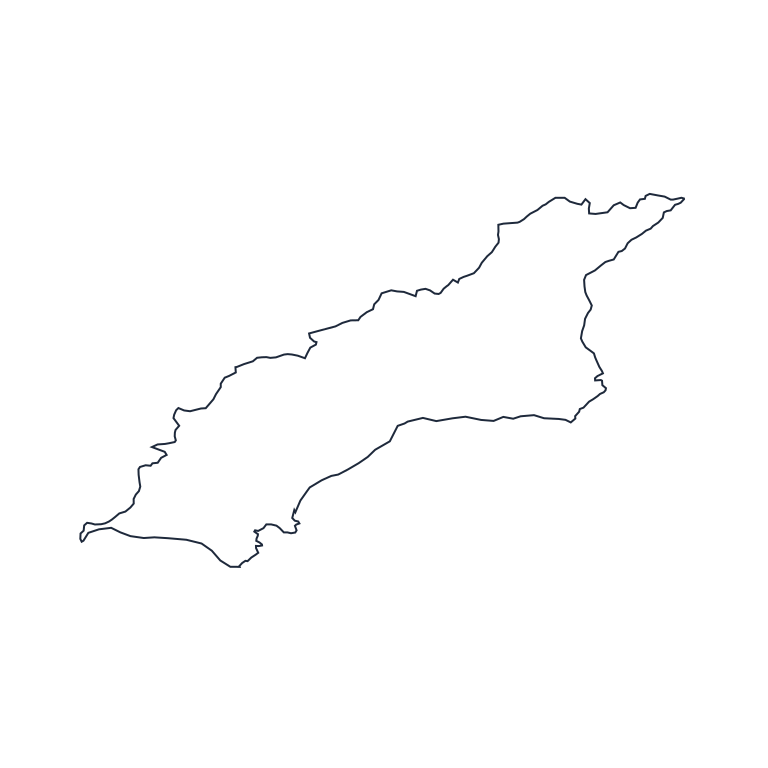 the district of Kalavasos, Larnaca, Cyprus, rotated 263°
{"feature_id": "46923920B45773210999815", "entity_name": "Kalavasos", "entity_type": "district", "adm_level": 2, "iso_a3": "CYP", "parent_name": "Cyprus", "parent_adm1": "Larnaca", "projection": "equal_earth", "projection_center": [33.286, 34.783], "detail": "fine", "context": "isolated", "style": "outline", "palette": "slate", "viewbox_px": 768, "rotation_deg": 263, "n_neighbors": 0, "source": "geoboundaries", "source_scale": "gbopen_adm2", "svg_char_len": 3918}
<svg xmlns="http://www.w3.org/2000/svg" viewBox="0 0 768 768"><g transform="rotate(263 384 384)"><path d="M267.5,280.4L278.5,286.8L287.2,294.7L290.4,297.7L296.0,310.3L296.8,312.8L299.2,320.5L299.7,327.5L303.5,337.6L308.5,349.2L313.6,359.0L319.8,367.2L326.4,382.8L340.8,392.5L342.3,399.6L343.8,402.9L345.6,418.5L340.8,431.4L341.6,447.8L341.6,460.9L336.5,476.0L334.0,488.3L336.8,498.4L333.8,508.0L335.3,515.7L334.8,529.1L330.5,538.7L328.0,553.2L326.3,559.8L323.1,564.7L326.4,569.7L328.8,569.8L332.7,574.3L335.3,575.3L336.2,579.1L341.5,585.4L343.3,589.5L344.6,592.0L346.0,594.6L347.8,597.2L349.0,601.1L350.7,603.1L352.8,603.8L354.2,602.5L356.2,600.6L360.7,600.8L361.5,599.7L361.7,596.0L361.8,594.0L364.0,594.1L365.9,596.9L367.9,602.6L370.3,601.9L374.8,599.8L382.3,597.5L384.8,596.8L388.8,596.1L392.9,591.8L395.8,588.7L401.9,586.0L405.3,585.0L412.3,587.1L417.8,589.8L424.2,591.5L429.6,595.1L432.7,598.2L436.6,599.8L442.0,597.9L447.2,595.9L450.7,595.0L456.4,594.9L463.0,595.3L467.5,597.8L471.0,607.2L475.3,613.9L478.1,618.6L478.9,622.5L479.6,627.2L486.6,632.8L487.0,636.2L489.1,639.7L494.0,643.0L497.0,647.2L498.7,652.2L501.5,658.2L504.3,662.7L505.7,667.6L508.0,670.2L510.8,675.9L514.9,680.9L520.2,682.7L521.2,685.7L521.4,689.7L526.4,694.7L526.9,697.9L527.8,700.6L530.9,704.3L531.6,704.3L532.6,701.9L532.2,698.0L531.8,693.3L532.1,691.0L535.8,685.4L537.7,679.1L540.3,670.9L538.8,666.6L536.0,665.5L536.0,660.6L533.1,657.9L528.2,655.2L528.5,649.6L532.4,643.7L535.4,640.6L533.4,633.8L527.2,626.8L527.0,614.7L528.3,608.4L533.2,608.7L538.5,610.3L542.9,606.5L538.0,601.8L539.3,597.8L542.4,590.7L546.8,586.0L547.9,576.8L544.7,569.8L542.6,566.4L541.6,563.1L538.0,557.5L535.2,549.9L532.8,546.1L530.6,543.1L528.4,538.4L527.9,536.2L528.3,528.3L528.6,522.1L528.1,516.9L521.3,516.2L518.1,515.3L513.8,515.7L510.3,514.9L506.7,511.2L504.1,509.1L501.7,507.1L498.3,502.1L495.4,499.0L492.4,495.8L487.9,492.6L486.7,491.2L483.0,486.7L481.3,479.6L480.6,476.1L479.1,471.5L475.7,469.7L479.1,465.2L474.3,459.8L473.4,458.1L471.3,454.8L467.5,451.3L466.7,449.2L467.6,445.3L471.3,441.1L473.4,436.8L473.2,432.1L472.5,428.1L467.3,426.1L473.0,414.9L474.3,408.3L476.1,402.6L474.3,392.7L468.1,388.8L464.3,384.0L459.6,382.2L457.4,375.7L453.5,368.9L450.4,366.2L451.2,358.7L449.7,350.1L447.1,342.9L444.7,325.5L443.3,315.8L438.9,316.2L434.7,319.8L433.8,322.1L431.4,321.2L429.1,315.3L424.0,311.7L419.2,308.7L422.6,301.9L424.5,296.2L425.4,292.0L425.4,288.3L423.6,280.0L423.8,274.3L425.0,270.6L425.4,266.1L425.5,261.2L422.5,256.6L420.8,247.4L418.9,240.2L418.8,238.6L413.5,238.3L410.9,231.2L410.1,228.3L409.7,226.7L404.2,222.0L400.8,221.6L394.4,216.0L389.6,212.8L381.7,204.1L382.0,199.4L380.6,188.2L382.1,182.4L385.2,177.0L383.3,174.5L379.1,172.0L375.8,170.9L367.5,175.6L363.8,171.5L361.2,170.5L357.6,169.9L353.4,170.5L351.9,169.2L351.4,163.3L351.2,159.3L351.6,151.9L349.7,146.0L347.3,150.6L343.4,158.1L340.1,159.6L337.9,153.8L333.4,149.8L333.5,144.5L331.3,142.4L332.4,137.5L331.4,131.7L329.3,129.9L323.8,129.4L316.3,129.4L311.9,129.6L307.6,127.7L304.5,124.2L300.4,121.5L295.8,121.0L292.3,117.2L288.9,111.8L287.8,105.5L284.7,100.8L282.6,97.4L281.0,94.2L279.7,90.2L279.3,86.2L279.8,79.9L281.2,76.7L282.4,72.4L280.2,69.2L275.0,68.0L272.6,64.6L267.3,63.7L264.3,64.7L265.1,66.6L272.3,72.4L274.5,83.4L274.5,95.7L268.9,104.2L263.9,113.8L260.4,126.8L259.8,137.4L257.3,150.7L253.5,168.8L247.9,183.5L239.5,192.8L228.8,200.0L221.3,209.2L220.1,218.5L221.0,218.3L223.6,221.4L225.4,224.9L224.8,227.0L227.9,231.1L230.2,235.8L231.8,238.6L236.7,237.0L238.9,237.2L238.4,240.1L238.6,243.3L239.6,243.3L241.8,241.2L243.9,238.1L246.2,238.7L248.7,240.2L250.3,240.6L253.3,237.3L254.5,238.2L253.5,241.2L255.6,246.8L259.0,250.1L258.4,254.9L256.5,260.0L253.7,262.9L248.9,266.5L248.5,270.0L247.2,273.5L247.4,277.8L249.4,279.4L254.1,278.3L255.2,279.8L255.9,283.0L258.0,282.1L259.2,278.8L262.2,276.6L266.0,278.1L269.8,279.6L267.5,280.4Z" fill="none" stroke="#1e293b" stroke-width="2"/></g></svg>